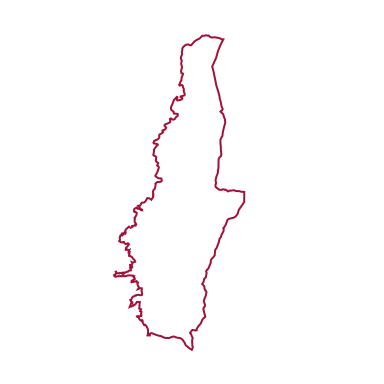 Rau Sadului, Sibiu, Romania (Equal Earth projection), rotated 125°
{"feature_id": "2599482B59559363647418", "entity_name": "Rau Sadului", "entity_type": "district", "adm_level": 2, "iso_a3": "ROU", "parent_name": "Romania", "parent_adm1": "Sibiu", "projection": "equal_earth", "projection_center": [24.033, 45.624], "detail": "fine", "context": "isolated", "style": "outline", "palette": "rose", "viewbox_px": 384, "rotation_deg": 125, "n_neighbors": 0, "source": "geoboundaries", "source_scale": "gbopen_adm2", "svg_char_len": 6102}
<svg xmlns="http://www.w3.org/2000/svg" viewBox="0 0 384 384"><g transform="rotate(125 192 192)"><path d="M171.7,252.3L173.6,251.9L174.0,251.5L174.1,251.2L172.8,248.4L172.7,247.3L173.0,247.0L174.8,247.5L179.4,247.4L180.4,246.4L183.8,245.0L184.0,244.2L183.7,242.4L183.9,241.3L187.0,239.7L187.6,238.8L187.6,236.3L190.3,235.8L190.3,234.1L191.1,233.1L195.2,231.9L199.8,231.3L200.1,229.7L200.0,227.3L198.5,224.9L200.1,223.2L201.7,223.6L203.8,226.2L206.1,226.8L206.8,226.0L209.4,224.8L211.1,224.3L212.4,224.7L213.8,224.3L215.7,222.9L215.6,222.7L217.3,221.9L217.1,221.6L217.5,221.3L218.8,220.9L221.7,220.9L221.7,223.5L222.6,225.1L225.8,224.8L227.5,225.0L228.2,225.3L229.4,226.9L230.8,227.1L231.5,226.8L233.1,226.8L234.1,228.0L234.9,225.7L235.5,224.9L235.2,224.1L235.6,223.3L235.2,222.7L235.6,222.3L235.9,222.7L236.1,224.8L236.0,226.0L237.0,226.9L236.3,228.4L238.9,229.5L240.0,229.3L240.4,228.6L241.2,228.3L241.4,227.7L240.8,227.4L240.7,226.8L240.8,225.2L243.3,224.2L246.3,224.2L246.8,223.3L248.1,222.8L249.6,221.6L249.8,220.3L250.5,219.1L251.0,219.1L251.1,219.6L251.9,219.1L252.2,220.0L253.0,220.2L254.2,221.5L254.8,220.8L256.6,221.7L256.5,223.8L260.5,224.7L262.7,224.3L262.9,223.3L263.3,223.0L264.2,224.2L264.6,224.2L264.8,223.5L264.4,222.9L264.6,222.8L265.4,223.9L265.9,225.5L266.7,225.5L266.8,224.1L267.3,224.1L267.3,225.0L268.7,225.7L269.0,225.2L270.6,225.2L272.6,223.5L273.9,223.6L274.0,223.2L273.9,221.9L273.5,220.4L272.6,219.9L272.5,219.2L272.1,219.0L272.6,218.3L272.7,216.4L270.8,215.1L271.1,214.4L271.0,213.7L273.7,213.7L275.6,214.1L276.3,213.7L276.1,213.6L276.1,213.1L277.2,212.9L276.5,211.9L276.2,210.8L275.2,210.1L277.7,209.4L277.2,208.7L278.1,208.6L278.3,207.9L279.0,207.9L279.3,207.4L280.4,207.0L280.4,206.2L279.8,205.6L279.7,204.0L280.5,201.8L280.7,200.0L281.7,198.5L283.8,200.0L284.0,200.9L284.4,200.1L285.8,199.5L286.6,199.6L286.8,200.5L287.3,200.9L288.1,200.2L287.6,200.0L287.3,198.3L287.8,197.8L288.3,197.9L288.2,199.2L289.7,199.2L289.9,198.0L290.7,197.9L291.2,197.1L293.0,198.8L293.9,198.7L295.8,200.4L297.7,200.8L298.1,201.1L297.5,201.1L297.1,201.4L297.1,201.8L297.9,202.6L298.6,202.5L299.0,203.6L300.1,205.0L300.5,204.9L301.6,207.1L300.8,208.5L301.1,208.7L301.8,207.1L304.6,208.1L304.6,207.3L305.5,207.0L305.2,205.9L303.3,204.3L303.0,203.6L301.9,202.4L301.6,201.6L300.3,200.3L299.4,198.5L296.6,196.1L294.3,192.3L294.0,191.4L294.0,191.1L295.2,191.2L295.6,189.3L296.2,188.9L299.0,190.4L299.8,190.4L300.6,189.8L300.5,189.5L296.9,186.4L297.4,186.0L297.1,184.3L297.6,184.2L297.9,184.5L298.4,184.2L299.7,182.7L300.5,180.7L302.5,180.6L300.8,179.5L299.7,178.0L300.7,177.1L301.7,176.9L303.9,174.4L305.1,174.0L306.3,175.2L306.9,176.9L308.2,178.3L308.8,178.4L309.2,179.2L310.4,179.3L311.4,180.3L312.8,180.5L315.1,180.0L315.8,180.6L316.4,179.5L316.5,178.1L317.0,178.0L317.0,177.2L317.6,177.2L317.7,178.1L321.8,177.1L320.7,176.5L320.5,175.9L318.4,175.1L318.5,174.7L316.3,174.0L313.7,174.0L312.1,171.6L315.4,169.8L316.0,169.2L317.8,168.4L317.3,166.5L319.4,166.1L319.0,165.2L319.1,164.6L321.4,163.7L321.9,162.7L322.8,162.4L325.8,166.4L325.4,163.6L326.1,162.6L326.7,160.5L326.6,159.7L325.6,159.6L325.6,158.8L327.1,157.7L328.4,155.0L328.5,154.7L327.7,154.3L327.8,152.9L329.3,150.0L330.2,149.0L332.7,147.1L335.0,146.2L333.7,144.3L332.3,145.2L331.3,144.7L330.7,144.0L329.5,139.0L328.2,135.3L327.7,134.6L327.6,132.9L327.0,130.5L324.6,126.8L322.9,125.9L321.1,124.4L320.5,123.2L320.3,121.8L318.4,117.6L318.3,116.1L318.6,114.4L319.8,111.4L321.1,109.4L321.5,104.7L321.4,101.6L318.9,102.2L317.4,103.8L313.6,106.7L311.0,107.9L310.2,109.6L308.8,111.3L308.7,112.5L308.4,112.8L304.8,112.6L303.6,110.1L302.6,108.9L302.0,109.5L298.6,109.8L294.8,109.4L290.4,110.3L288.9,110.2L286.7,109.5L281.2,115.7L279.5,116.1L278.2,115.9L277.0,116.6L274.9,119.5L274.0,120.1L268.9,121.3L265.6,122.8L264.6,124.9L264.8,125.0L264.0,126.3L262.1,127.9L261.5,130.9L259.1,131.0L256.4,132.1L253.9,131.8L249.9,133.6L249.1,134.8L247.4,135.2L246.9,134.8L244.8,134.8L239.0,136.1L238.6,136.6L237.1,137.3L235.4,137.5L233.0,137.1L230.9,137.1L226.1,139.8L223.9,139.7L217.6,141.3L214.5,142.6L212.4,142.5L210.0,143.3L206.1,143.7L203.8,145.0L203.6,145.6L202.5,145.4L199.5,145.6L194.7,146.9L193.1,146.6L189.1,143.1L187.0,142.2L183.5,142.1L180.0,143.4L170.3,143.5L162.0,149.2L163.5,151.7L164.3,154.0L166.0,156.6L166.5,158.7L168.8,161.1L169.1,161.9L170.8,162.8L171.0,163.2L170.7,164.0L171.0,166.3L171.5,166.6L171.8,167.9L173.5,169.3L174.5,171.1L174.4,175.1L173.5,176.4L170.4,177.7L169.4,179.0L168.3,179.7L165.5,180.8L161.9,181.7L160.6,182.2L159.8,183.1L157.6,183.8L149.9,189.0L148.1,189.3L146.0,188.9L144.2,189.6L141.1,192.4L137.5,195.0L136.9,195.8L133.2,198.5L131.3,199.1L128.7,199.2L124.9,201.3L116.0,204.6L113.5,206.8L112.1,209.0L110.6,210.7L110.3,211.4L109.8,214.8L109.1,214.8L108.2,214.2L106.5,214.4L104.8,217.0L101.1,220.8L99.7,222.7L97.7,224.5L94.4,228.4L91.2,232.7L81.0,243.4L77.7,247.4L68.2,249.2L61.8,251.5L54.8,253.1L49.0,253.9L50.0,255.6L50.0,257.1L50.9,259.4L52.1,261.9L54.3,264.7L54.6,266.6L54.2,268.0L54.7,268.4L55.6,270.4L57.1,271.7L58.1,273.2L61.9,273.8L64.7,275.4L67.2,276.3L72.2,276.9L73.0,277.8L73.2,279.6L73.9,280.6L75.8,281.8L78.7,282.4L80.0,282.2L81.5,281.2L83.2,280.6L84.6,279.2L87.7,278.4L89.1,277.7L90.3,275.7L93.2,274.4L95.5,271.7L99.1,270.4L100.7,268.8L100.2,267.7L100.4,267.0L104.8,265.9L106.6,264.7L108.5,264.7L109.6,264.2L111.5,264.0L111.9,263.2L110.3,261.8L110.1,261.2L110.2,260.6L111.4,259.4L112.2,257.9L114.3,256.5L115.7,254.4L116.6,253.7L117.5,253.8L120.2,256.1L120.7,255.9L120.5,254.1L120.7,253.7L121.2,253.4L122.2,253.6L125.0,255.9L125.4,256.7L125.1,257.4L124.7,257.7L122.8,258.2L122.6,258.5L122.7,258.9L127.1,259.6L131.5,258.4L134.4,257.9L135.9,257.0L136.6,255.9L136.8,253.1L138.1,251.9L136.3,248.5L137.4,247.6L138.3,247.5L139.3,248.0L142.2,248.0L143.1,248.4L143.8,249.4L143.8,251.5L144.6,252.0L145.1,251.8L146.7,250.1L147.3,250.0L149.1,250.8L151.8,252.6L152.8,252.9L153.6,252.3L154.1,250.1L155.5,249.8L156.2,249.9L158.6,251.5L159.1,251.2L159.4,250.0L161.0,250.3L163.6,251.6L164.5,251.3L165.9,250.1L168.0,250.1L168.7,250.3L170.1,251.5L171.2,251.7L171.7,252.3Z" fill="none" stroke="#9f1239" stroke-width="2"/></g></svg>